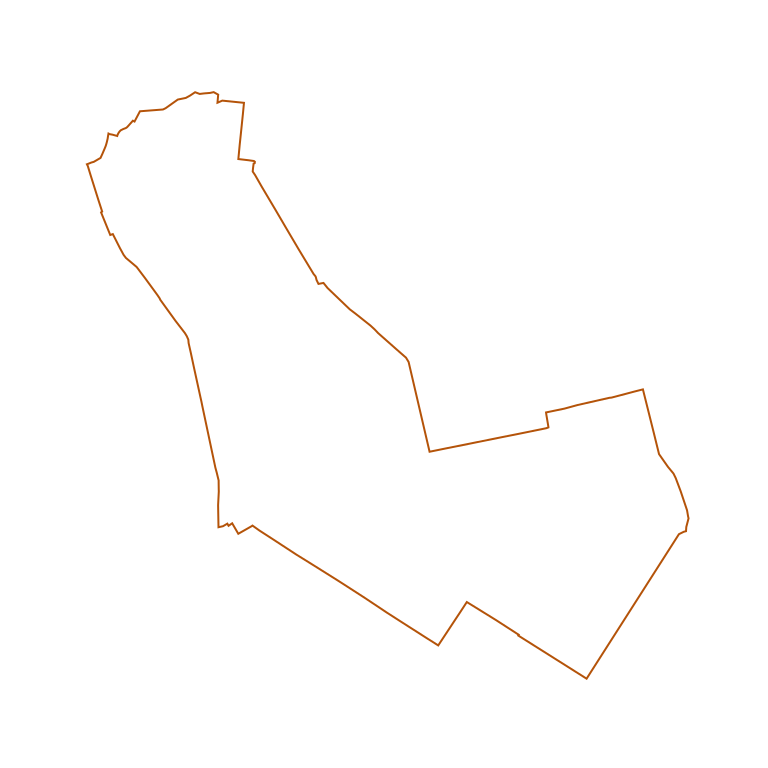 Segarcea-Vale, Teleorman, Romania (Albers equal-area conic projection), rotated 95°
{"feature_id": "2599482B59807133225693", "entity_name": "Segarcea-Vale", "entity_type": "district", "adm_level": 2, "iso_a3": "ROU", "parent_name": "Romania", "parent_adm1": "Teleorman", "projection": "albers", "projection_center": [24.796, 43.848], "detail": "fine", "context": "isolated", "style": "outline", "palette": "amber", "viewbox_px": 768, "rotation_deg": 95, "n_neighbors": 0, "source": "geoboundaries", "source_scale": "gbopen_adm2", "svg_char_len": 2434}
<svg xmlns="http://www.w3.org/2000/svg" viewBox="0 0 768 768"><g transform="rotate(95 384 384)"><path d="M225.0,684.8L230.9,682.3L236.8,679.8L237.7,680.8L259.4,669.7L258.3,667.2L271.5,659.0L273.9,657.4L278.0,654.7L280.9,652.1L289.0,640.6L299.2,631.4L315.1,617.5L318.3,614.9L319.5,614.3L339.4,597.1L350.6,586.8L353.6,584.6L356.9,582.8L360.3,582.2L369.7,579.2L383.7,574.9L413.5,565.6L417.6,564.3L421.7,563.1L482.0,544.7L486.9,542.9L494.6,540.3L495.9,540.2L501.9,539.6L505.6,539.2L519.2,538.7L541.1,536.4L539.7,532.0L536.8,527.9L538.8,526.5L536.0,523.1L545.9,516.1L537.2,503.5L536.5,502.7L540.9,495.2L547.3,483.1L561.5,456.6L569.8,440.2L584.5,411.5L598.7,384.6L611.4,361.4L619.8,345.4L633.7,318.8L639.7,307.2L610.9,291.6L605.4,288.6L594.0,282.5L609.5,251.7L615.8,239.8L622.1,227.9L622.9,228.3L623.0,228.1L653.8,168.3L659.9,156.5L507.9,77.1L505.1,72.5L504.3,70.3L500.1,70.4L491.3,68.9L489.5,69.5L483.4,71.1L465.0,79.1L452.3,85.2L448.0,87.8L441.8,93.9L429.9,103.9L408.8,111.1L366.8,125.6L369.7,133.9L372.6,141.9L377.7,156.1L378.1,158.2L382.5,172.0L388.1,189.4L392.8,202.1L398.2,220.1L400.4,219.6L402.7,219.0L412.7,216.4L412.9,216.4L413.9,218.5L422.0,245.8L426.8,262.3L434.2,287.5L435.6,292.2L443.0,317.5L447.5,332.7L359.9,361.4L355.8,364.4L354.3,366.5L348.3,374.7L333.8,394.3L330.5,398.0L327.1,402.4L321.2,411.3L316.3,418.7L312.6,424.6L308.9,429.2L297.0,444.0L293.3,448.6L288.6,453.1L290.0,458.0L286.2,460.3L283.5,461.2L282.5,461.8L280.6,463.7L257.6,480.5L236.6,495.5L220.8,506.7L198.1,523.0L187.0,530.7L183.8,533.3L181.1,533.3L180.7,533.3L175.8,533.1L175.3,532.1L173.9,532.0L173.2,533.0L172.9,538.4L172.6,548.7L158.4,548.6L146.5,548.4L140.3,548.3L127.6,548.1L116.1,548.0L115.9,562.3L115.8,569.8L118.1,574.0L118.3,574.4L110.2,574.4L108.1,579.1L109.2,582.7L109.9,586.8L109.9,587.1L110.0,587.4L110.3,589.1L110.9,591.9L111.1,592.9L109.8,597.6L113.7,602.5L116.3,606.4L118.4,613.5L118.6,614.2L128.3,625.6L129.8,628.1L133.5,650.4L133.6,650.9L144.3,655.4L143.6,657.1L149.9,661.8L150.5,662.3L151.1,662.9L151.7,663.8L152.2,664.9L152.8,666.1L153.5,667.2L154.0,668.1L154.7,668.8L155.9,669.7L157.4,670.5L158.9,671.1L160.2,671.4L159.3,676.1L159.0,679.1L158.5,680.3L160.6,680.5L163.8,680.7L165.1,680.9L167.2,681.2L169.4,681.6L171.2,682.0L174.1,682.9L179.3,684.6L183.5,686.1L185.1,688.4L187.3,691.5L188.0,692.5L188.9,694.9L190.2,697.4L191.0,699.1L191.8,698.6L192.6,698.1L201.5,694.5L225.0,684.8Z" fill="none" stroke="#b45309" stroke-width="2"/></g></svg>